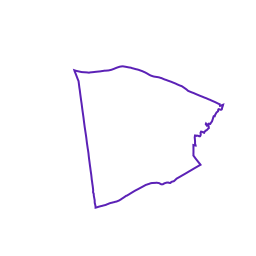 the district of Al-Najaf, An-Najaf, Iraq, rotated 42°
{"feature_id": "34846034B29737598200853", "entity_name": "Al-Najaf", "entity_type": "district", "adm_level": 2, "iso_a3": "IRQ", "parent_name": "Iraq", "parent_adm1": "An-Najaf", "projection": "albers", "projection_center": [43.801, 31.101], "detail": "fine", "context": "isolated", "style": "outline", "palette": "violet", "viewbox_px": 256, "rotation_deg": 42, "n_neighbors": 0, "source": "geoboundaries", "source_scale": "gbopen_adm2", "svg_char_len": 4585}
<svg xmlns="http://www.w3.org/2000/svg" viewBox="0 0 256 256"><g transform="rotate(42 128 128)"><path d="M190.0,95.8L189.9,95.7L188.3,94.8L186.9,93.2L184.8,91.2L184.1,90.6L183.7,90.1L182.9,88.9L183.2,88.8L183.4,88.2L184.1,88.1L184.4,87.5L184.9,87.1L186.0,86.6L186.5,86.5L187.1,85.8L186.6,84.4L185.6,83.4L185.2,83.2L184.7,81.8L185.3,81.4L186.4,81.0L187.5,80.8L187.8,80.6L187.3,79.7L187.6,78.7L187.4,78.0L187.9,77.2L188.0,76.1L188.0,74.8L188.1,73.9L187.5,73.5L186.7,72.6L186.1,72.5L185.4,72.7L185.2,73.4L184.7,73.2L183.8,73.3L183.2,73.1L183.0,72.5L183.6,72.6L184.1,72.9L184.6,72.7L184.9,71.9L185.1,70.7L185.5,70.4L186.1,70.3L186.4,70.0L186.1,68.2L186.0,66.9L185.4,65.5L184.8,64.1L184.3,63.2L183.8,61.9L184.1,61.7L184.6,61.3L184.5,61.1L184.3,60.7L184.1,60.1L183.9,59.8L183.8,59.1L183.7,58.6L183.5,57.7L183.4,57.4L183.4,57.0L183.5,56.6L183.6,56.0L183.7,55.4L183.6,55.1L183.3,54.8L183.1,54.5L182.9,54.2L182.8,53.8L182.7,53.4L182.8,53.3L183.0,53.2L183.3,53.1L183.5,52.9L183.9,52.8L184.2,52.7L184.3,52.6L184.7,52.4L184.8,52.3L185.0,52.1L185.1,51.8L185.2,51.4L185.0,51.1L184.8,50.6L184.5,50.2L184.2,49.5L183.9,48.8L183.5,47.8L183.3,47.5L183.1,47.1L183.0,47.3L182.7,47.8L182.5,48.4L182.2,48.9L182.0,49.4L181.8,49.6L181.7,49.8L181.6,50.0L181.4,49.9L181.0,49.6L180.7,49.4L180.4,49.2L180.2,49.0L179.9,49.2L179.4,49.3L178.5,49.6L177.8,49.8L175.6,50.4L172.3,51.5L171.1,51.9L170.5,52.0L170.3,52.1L168.8,52.7L166.3,53.5L165.5,53.8L164.6,54.2L163.4,54.6L162.0,55.1L160.2,55.8L157.6,56.7L155.3,57.5L153.4,58.1L151.7,58.8L149.5,59.6L148.6,59.9L148.1,60.1L147.6,60.2L147.1,60.2L145.7,60.2L144.1,60.4L143.1,60.5L141.7,60.7L140.8,60.8L139.7,61.0L138.7,61.5L137.0,62.1L135.2,62.7L134.1,63.0L132.6,63.5L131.3,64.0L129.3,64.7L127.6,65.4L125.7,66.2L124.6,66.6L124.3,66.7L123.5,67.1L122.3,67.6L120.8,68.1L120.2,68.3L119.5,68.5L118.6,69.0L117.4,69.5L116.2,70.2L114.7,71.2L113.2,72.2L112.3,72.7L111.2,73.2L110.0,73.7L109.1,74.0L107.4,74.4L106.2,74.6L104.5,75.0L103.0,75.4L101.9,75.8L100.8,76.1L98.4,77.1L97.1,77.6L95.7,78.3L94.5,79.0L93.3,79.6L91.9,80.3L91.0,80.8L89.7,81.3L88.1,82.4L85.9,83.7L84.0,84.9L82.9,85.6L82.3,86.2L81.9,86.7L81.3,87.4L80.9,87.9L80.2,89.1L79.5,90.3L78.6,92.1L78.0,93.4L77.1,95.1L76.8,95.7L75.9,97.0L75.2,98.0L74.9,98.4L74.0,99.3L73.2,100.2L72.3,101.0L71.1,102.5L70.5,103.2L69.4,104.6L68.0,106.1L66.1,108.2L64.8,109.7L62.6,112.1L62.0,113.0L60.8,113.8L59.6,114.7L57.6,116.3L56.2,117.4L55.0,118.1L52.5,119.5L50.9,120.4L49.5,121.0L50.5,121.6L53.0,122.8L58.3,125.5L59.8,126.2L60.4,126.7L61.8,127.9L64.8,130.5L66.9,132.2L69.9,134.8L74.5,138.7L77.4,141.1L80.3,143.6L82.3,145.3L87.9,150.0L91.0,152.7L95.1,156.2L101.8,161.7L103.7,163.3L107.6,166.7L111.7,170.1L113.1,171.2L115.6,173.3L117.8,175.3L120.1,177.3L122.0,178.9L124.9,181.4L127.4,183.5L128.2,184.2L130.0,185.7L131.8,187.2L133.5,188.7L135.6,190.6L137.2,191.9L138.7,193.2L140.4,194.6L142.7,196.6L143.8,197.6L144.2,198.1L144.5,198.5L145.0,199.0L145.4,199.4L145.9,199.5L146.5,199.8L146.8,200.1L147.4,200.7L147.9,201.2L148.7,201.8L149.2,202.2L149.9,202.7L150.6,203.3L151.2,203.7L151.5,203.9L151.9,204.4L152.5,205.0L153.1,205.6L153.5,206.0L154.2,206.4L154.8,206.9L155.4,207.3L155.9,207.6L156.1,207.8L156.6,208.3L157.2,208.9L157.4,208.6L157.9,207.9L158.3,207.1L158.6,206.7L158.9,206.1L159.5,205.2L160.2,204.1L160.8,203.3L161.4,202.3L162.3,201.0L162.7,200.4L162.9,200.0L163.2,199.5L163.5,198.7L163.9,198.0L164.4,196.9L164.9,195.9L165.5,195.0L165.7,194.7L166.1,194.2L166.5,193.5L167.3,192.4L167.8,191.5L168.5,190.6L169.0,189.7L169.4,188.8L169.7,188.3L169.8,187.9L170.0,187.5L170.2,186.7L170.5,185.9L170.6,185.2L171.0,183.8L171.5,181.8L171.8,180.5L172.0,179.6L172.4,179.1L172.5,178.8L172.6,178.3L173.0,177.2L173.5,175.4L174.1,173.4L174.7,171.4L175.3,169.5L176.3,166.9L178.2,161.6L179.0,159.3L179.3,158.4L179.8,157.6L180.5,156.3L180.9,155.7L181.6,154.3L182.2,153.3L182.5,153.1L182.8,152.7L183.2,152.3L183.9,151.6L184.7,150.8L185.3,150.2L185.8,149.6L186.2,149.3L186.7,149.0L187.3,148.6L187.9,148.2L188.1,148.1L188.5,148.0L189.3,147.9L190.0,147.7L190.4,147.6L190.7,147.3L191.2,146.8L191.5,146.6L191.6,146.3L191.9,145.6L191.9,145.0L192.2,144.5L193.1,143.0L193.5,142.4L193.8,142.2L194.4,141.6L194.7,141.5L195.4,141.2L195.6,141.0L196.3,140.4L196.3,139.0L197.7,136.8L197.9,134.8L198.0,133.0L198.1,132.8L199.4,128.9L200.0,127.0L200.8,124.6L201.6,122.1L202.4,119.5L202.9,118.0L204.3,113.5L205.7,109.2L206.2,107.7L206.5,106.8L205.6,106.6L204.9,106.5L204.0,106.4L201.8,106.0L198.8,105.5L196.0,104.9L195.0,104.7L194.5,104.0L193.8,103.3L192.8,102.1L189.6,98.6L188.0,96.9L188.8,96.5L190.0,95.8L190.0,95.8Z" fill="none" stroke="#5b21b6" stroke-width="2"/></g></svg>